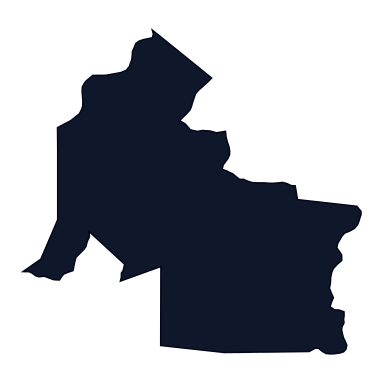 Joaquim Pires, Piauí, Brazil (Albers equal-area conic projection)
{"feature_id": "56859067B20480941700570", "entity_name": "Joaquim Pires", "entity_type": "district", "adm_level": 2, "iso_a3": "BRA", "parent_name": "Brazil", "parent_adm1": "Piauí", "projection": "albers", "projection_center": [-42.062, -3.514], "detail": "fine", "context": "isolated", "style": "filled", "palette": "ink", "viewbox_px": 384, "rotation_deg": 0, "n_neighbors": 0, "source": "geoboundaries", "source_scale": "gbopen_adm2", "svg_char_len": 2036}
<svg xmlns="http://www.w3.org/2000/svg" viewBox="0 0 384 384"><path d="M76.1,116.4L70.9,120.6L57.5,127.6L57.7,148.5L57.7,170.4L57.7,183.9L57.7,219.7L40.9,259.1L23.0,271.6L29.1,271.7L32.1,273.1L35.8,275.8L38.9,276.8L44.3,276.2L53.7,279.7L59.5,280.0L61.7,276.5L63.7,274.1L67.9,272.3L73.0,270.6L74.7,261.9L75.9,257.4L84.1,249.2L86.0,246.3L87.1,241.8L89.4,236.8L89.2,231.6L124.6,264.2L123.2,270.5L121.4,273.1L121.3,277.6L120.4,281.1L160.9,266.5L160.7,338.1L160.7,345.5L224.3,352.5L245.8,352.3L254.8,352.1L273.6,352.0L278.7,351.9L309.2,351.5L315.2,348.2L318.4,348.2L322.8,351.7L326.0,353.5L330.2,353.9L334.0,353.8L340.0,353.0L343.6,351.8L345.9,349.4L346.8,345.2L345.2,341.3L343.3,337.3L342.3,333.1L341.6,329.9L342.0,326.9L344.0,322.9L343.6,318.9L344.1,315.9L344.0,311.8L339.1,310.0L334.3,309.8L330.0,306.7L331.6,301.8L333.4,297.6L331.2,292.8L329.4,288.1L330.4,283.4L330.7,277.1L331.8,272.1L333.4,268.5L337.2,264.3L341.7,260.5L341.7,255.1L339.6,251.7L336.7,247.7L337.8,243.1L339.3,240.6L341.7,236.4L344.7,233.0L349.6,231.1L354.4,228.4L357.5,224.7L359.0,221.0L360.0,217.5L361.0,214.9L361.0,211.3L358.7,208.6L356.9,206.3L297.5,199.6L295.2,185.8L291.2,185.6L286.5,183.4L282.2,182.4L278.4,182.9L272.5,183.3L268.0,183.2L265.2,182.9L260.9,182.9L256.1,182.8L252.3,182.6L248.3,181.4L243.4,179.3L239.6,179.4L236.4,176.9L232.8,173.9L229.0,172.2L226.6,170.9L222.2,169.3L223.1,165.0L225.2,162.2L227.9,158.5L229.5,154.9L229.7,151.2L229.0,146.9L227.3,141.9L226.0,136.6L225.5,131.3L220.7,132.1L216.5,132.8L210.0,131.0L202.4,130.5L197.4,131.4L190.4,129.9L185.3,124.0L179.6,120.6L182.6,117.6L185.3,115.0L187.9,112.3L190.1,109.7L191.5,106.3L192.7,102.0L194.2,97.5L195.7,93.5L198.5,90.2L202.4,86.8L205.5,84.0L208.5,81.2L211.6,78.0L165.5,40.7L152.3,30.1L153.4,34.1L152.3,37.8L143.5,39.6L139.1,41.1L135.7,43.6L134.0,48.1L132.5,51.4L132.3,54.6L131.8,59.6L129.4,66.4L126.3,70.3L120.8,72.6L105.6,75.3L92.8,75.4L86.2,80.9L84.2,83.4L82.4,86.8L82.1,91.2L82.9,100.7L82.7,106.2L81.7,109.3L79.4,113.8L76.1,116.4Z" fill="#0f172a" stroke="#020617" stroke-width="1.5"/></svg>